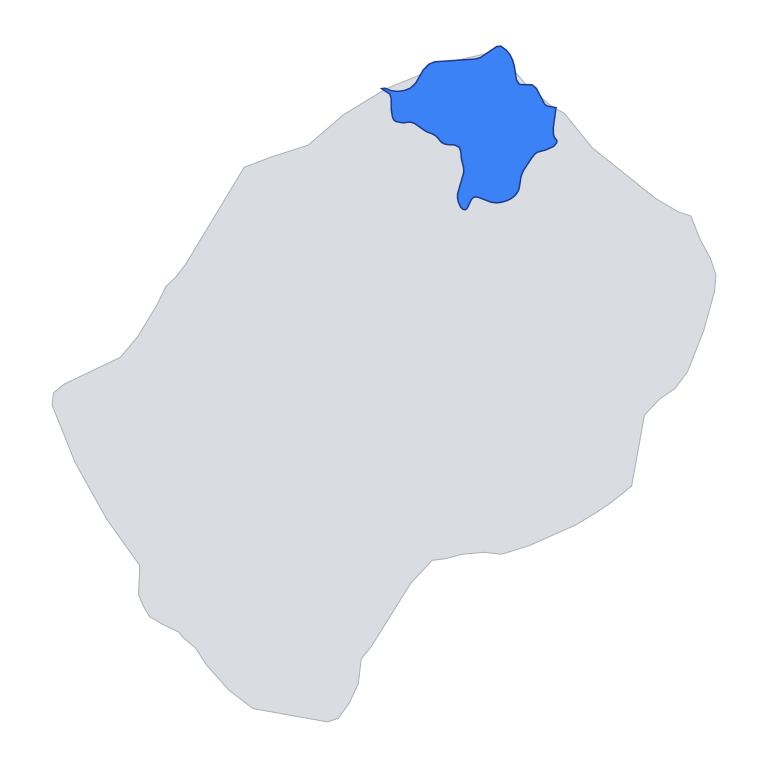 location of Butha-Buthe within Lesotho
{"feature_id": "LSO-1211", "entity_name": "Butha-Buthe", "entity_type": "District", "adm_level": 1, "iso_a3": "LSO", "parent_name": "Lesotho", "parent_adm1": "", "projection": "orthographic", "projection_center": [28.556, -28.822], "detail": "fine", "context": "in_parent", "style": "filled", "palette": "blue", "viewbox_px": 768, "rotation_deg": 0, "n_neighbors": 0, "source": "natural_earth", "source_scale": "10m", "svg_char_len": 2314}
<svg xmlns="http://www.w3.org/2000/svg" viewBox="0 0 768 768"><path d="M529.4,545.5L504.0,553.5L500.5,554.2L484.2,552.3L462.5,554.2L445.4,558.7L432.2,560.3L410.6,583.5L371.6,646.0L361.2,659.1L358.3,683.6L349.3,703.0L338.3,718.2L327.5,721.9L294.8,716.1L253.0,708.6L228.6,689.9L206.8,665.3L195.2,647.5L183.1,637.7L179.0,632.2L161.9,624.0L155.4,619.8L149.7,616.8L142.7,604.9L138.6,594.6L139.8,565.6L127.6,548.5L106.7,519.2L93.4,495.2L75.1,462.5L63.9,434.4L52.1,405.3L53.4,392.8L64.2,384.1L95.8,369.0L120.4,357.3L137.9,336.3L156.9,305.0L166.1,286.2L175.4,277.6L185.6,264.3L203.3,235.0L223.1,202.3L244.2,167.3L271.2,157.0L308.1,145.2L343.6,114.6L385.9,88.8L454.3,60.8L486.2,53.7L498.4,49.7L506.1,54.9L514.2,70.9L525.8,84.2L552.8,107.5L564.2,113.1L592.0,147.6L621.6,171.3L655.8,198.6L679.0,212.2L690.8,216.0L700.5,240.2L710.3,258.1L715.9,274.9L714.6,291.2L703.6,331.0L687.6,371.6L674.9,388.5L659.5,399.1L644.4,415.1L638.6,447.7L631.6,486.1L612.0,501.9L596.8,512.2L575.8,524.9L529.4,545.5Z" fill="#d9dde1" stroke="#a8b0b8" stroke-width="1"/><path d="M500.8,46.1L506.2,50.1L510.0,54.7L512.6,60.1L514.4,66.5L516.4,79.9L519.5,84.5L532.1,84.8L536.4,88.4L544.6,104.2L547.0,106.0L555.9,107.6L556.1,107.7L555.9,108.5L553.3,127.7L553.5,134.8L554.1,136.6L554.7,137.7L555.4,138.6L556.1,139.3L556.7,140.1L556.9,141.3L556.6,142.8L554.8,145.2L553.4,146.5L545.6,150.0L538.0,152.0L536.1,153.0L534.6,154.3L531.3,158.5L523.5,170.5L522.0,173.8L520.9,177.3L519.3,187.8L518.5,190.4L517.0,193.0L515.2,195.2L512.8,197.4L510.2,199.1L507.0,200.6L503.6,201.7L500.1,202.5L497.0,202.8L493.8,202.6L490.8,202.1L478.1,197.2L475.8,197.0L473.7,197.3L472.3,198.3L471.1,200.1L467.6,207.4L466.7,208.8L465.4,209.8L463.1,209.4L460.8,207.4L458.3,202.0L457.5,197.9L457.5,194.1L463.6,172.9L463.8,169.8L463.3,166.2L462.0,161.7L461.3,158.1L461.1,154.3L460.6,150.9L459.2,147.3L455.4,145.3L453.1,144.8L448.4,144.7L445.4,144.2L442.9,143.3L440.6,141.5L437.9,138.0L435.3,135.5L431.2,133.4L428.1,132.4L424.9,130.7L414.8,123.6L411.0,122.2L407.6,122.1L405.1,122.7L402.8,122.9L395.6,121.4L393.8,119.9L392.5,117.1L391.3,109.9L391.2,98.5L389.8,94.0L383.9,90.2L381.7,88.6L385.3,88.2L391.1,90.7L397.7,91.4L404.3,90.5L410.1,88.3L415.6,83.3L423.3,69.9L428.8,64.3L434.7,61.8L474.6,59.1L480.2,57.7L496.6,46.6L500.8,46.1Z" fill="#3b82f6" stroke="#1e3a8a" stroke-width="1.5"/></svg>